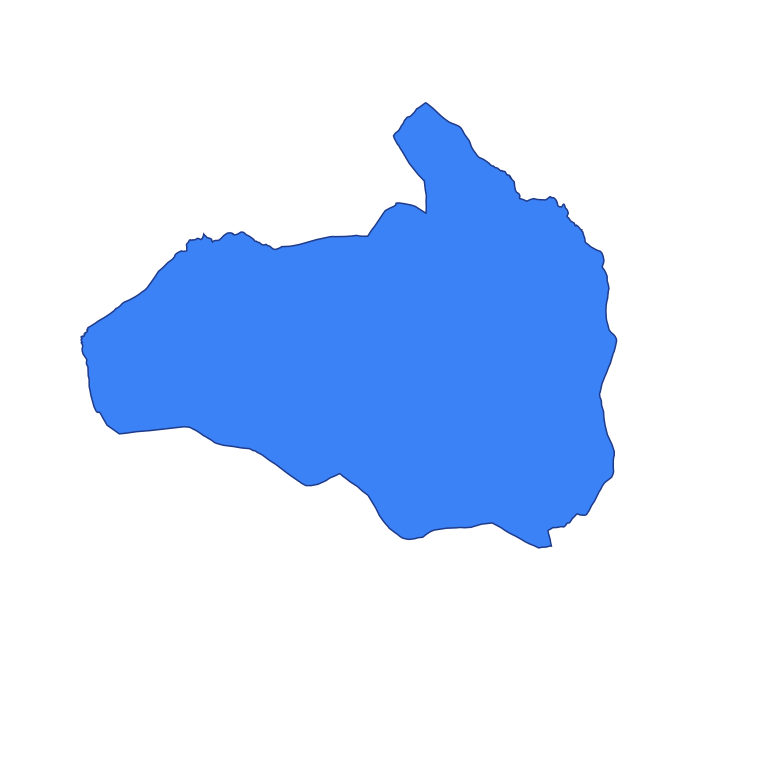 outline of Hanang, Manyara, United Republic of Tanzania, rotated 326°
{"feature_id": "72390352B73734578830609", "entity_name": "Hanang", "entity_type": "district", "adm_level": 2, "iso_a3": "TZA", "parent_name": "United Republic of Tanzania", "parent_adm1": "Manyara", "projection": "robinson", "projection_center": [35.319, -4.56], "detail": "fine", "context": "isolated", "style": "filled", "palette": "blue", "viewbox_px": 768, "rotation_deg": 326, "n_neighbors": 0, "source": "geoboundaries", "source_scale": "gbopen_adm2", "svg_char_len": 6171}
<svg xmlns="http://www.w3.org/2000/svg" viewBox="0 0 768 768"><g transform="rotate(326 384 384)"><path d="M488.6,600.6L492.7,599.0L502.0,593.7L505.2,592.3L507.8,590.7L510.5,589.6L512.6,589.1L520.4,588.6L522.9,587.2L525.2,585.2L527.6,581.1L531.2,575.8L533.3,573.3L534.9,572.0L537.0,568.9L537.0,569.2L539.2,561.4L540.8,551.1L542.2,547.2L544.3,541.6L547.3,535.2L550.6,529.6L552.5,523.3L554.9,519.2L555.8,515.2L557.4,512.4L558.5,511.8L564.7,505.8L570.5,501.8L574.9,499.0L579.1,496.0L583.2,493.4L586.2,491.0L586.8,490.2L587.6,489.8L590.9,487.0L593.2,485.6L597.8,481.4L600.8,478.4L601.6,477.1L602.0,475.8L602.2,473.3L602.0,471.7L601.0,467.8L600.9,464.7L601.9,462.3L604.1,455.8L605.2,453.5L608.9,447.4L612.1,443.1L615.2,439.8L617.1,438.2L621.9,432.4L623.8,430.8L625.3,427.5L626.8,423.1L629.2,419.5L630.0,416.1L630.4,412.4L630.2,409.6L630.6,408.7L633.8,406.3L635.4,404.6L636.9,401.2L637.8,398.0L637.6,395.1L635.3,392.0L632.2,386.0L631.1,382.0L630.3,379.8L630.2,378.8L631.9,375.4L633.0,371.4L633.8,369.2L633.4,367.6L634.2,366.9L633.3,365.7L633.3,364.0L632.9,361.4L632.2,359.8L631.6,360.1L631.1,359.8L631.1,358.9L631.7,357.0L630.0,353.6L629.9,349.5L629.5,348.3L629.5,347.4L630.2,346.8L632.2,345.6L633.0,343.3L633.2,341.7L633.1,340.7L632.8,339.8L633.7,336.5L633.7,335.6L633.3,335.3L632.8,335.4L630.6,336.5L630.1,336.5L628.2,334.7L627.9,333.9L628.0,333.0L629.2,329.9L629.0,329.3L629.4,328.7L629.5,327.5L629.2,325.6L628.8,324.5L626.6,322.7L626.8,321.9L625.8,321.5L623.6,321.8L620.8,321.7L614.4,316.9L611.9,314.1L608.8,313.0L604.5,312.2L602.6,309.0L600.2,306.1L600.4,305.3L601.3,304.8L602.1,303.2L602.2,301.6L601.1,299.1L601.3,297.1L602.7,293.5L605.0,289.2L604.2,284.4L604.3,284.3L604.2,284.1L604.6,284.2L604.5,283.6L604.8,282.4L604.2,282.0L604.6,281.2L603.9,280.6L603.6,279.7L602.9,279.5L602.9,278.0L603.2,276.1L602.9,275.2L602.2,274.9L601.8,274.1L601.1,273.9L601.1,273.1L600.8,272.8L600.1,272.6L599.6,271.6L599.5,270.8L598.7,268.3L597.2,266.8L596.9,266.1L596.5,264.3L595.6,263.8L594.7,261.4L594.6,259.9L592.8,255.1L591.8,252.9L589.4,249.1L589.1,247.1L588.8,239.8L589.1,236.2L590.4,231.5L590.7,229.4L590.4,221.9L590.9,217.7L590.9,214.5L590.2,212.1L587.8,208.3L586.2,206.1L584.4,203.2L582.5,198.1L581.1,193.3L578.8,183.0L576.5,175.6L575.9,174.3L575.1,174.1L568.2,174.4L564.9,174.2L561.2,175.7L556.9,176.6L554.9,176.7L552.5,175.8L548.3,177.0L545.7,178.7L542.7,179.7L540.7,180.8L537.9,182.1L533.6,182.4L530.6,183.6L529.9,186.3L529.3,192.1L529.3,193.7L529.6,194.4L529.2,198.1L529.2,200.8L528.3,215.3L529.4,229.1L530.9,238.1L531.0,238.1L526.7,246.4L524.4,251.6L521.2,255.8L517.8,261.3L514.4,265.8L513.9,265.1L509.3,254.4L507.0,251.3L502.1,246.3L497.6,242.2L495.5,241.0L495.0,240.9L494.1,242.0L492.0,242.3L486.7,241.4L482.1,241.0L479.7,241.8L464.8,247.9L459.5,249.6L453.1,252.4L446.9,248.1L444.4,245.5L439.3,242.9L434.5,240.1L426.3,234.8L423.7,232.9L421.7,231.8L408.8,226.6L392.3,221.2L385.3,218.3L382.6,217.0L376.0,212.9L374.4,213.0L369.8,212.0L368.5,211.1L367.4,209.8L366.4,205.9L364.8,204.1L364.4,202.5L363.6,202.0L362.3,201.7L361.5,201.0L360.7,200.0L360.0,198.0L359.8,196.9L358.9,196.3L358.4,195.5L358.1,194.4L356.9,193.4L356.7,192.6L356.9,191.4L356.6,190.6L355.6,187.7L354.5,185.2L353.4,183.6L352.7,180.8L352.2,179.6L351.2,178.6L350.1,178.0L347.4,178.0L345.2,177.6L343.4,176.7L342.6,175.7L342.4,174.5L342.6,174.5L341.5,173.0L339.2,171.6L337.9,171.3L334.8,171.3L332.9,171.6L331.1,172.1L327.6,172.5L325.6,171.5L324.3,170.6L322.1,170.1L321.2,170.3L321.4,168.7L322.0,167.6L321.1,165.7L320.2,165.2L319.8,164.3L319.2,163.8L318.9,161.5L318.5,160.4L318.4,158.9L317.2,160.1L315.4,161.3L313.8,161.9L312.7,161.7L312.3,160.6L311.3,159.3L310.1,158.8L308.6,158.9L307.0,158.3L305.8,157.4L305.0,157.4L304.4,156.6L303.8,156.0L302.8,156.1L301.3,156.9L300.5,157.3L299.3,157.4L298.2,157.9L297.2,160.0L295.2,163.0L294.6,163.2L293.9,163.0L291.3,161.5L290.4,160.3L286.5,159.8L284.8,159.8L283.6,160.0L282.5,160.5L281.7,161.3L278.3,162.3L272.8,162.5L264.9,164.0L260.1,164.5L253.3,167.4L241.8,171.7L238.5,172.4L235.1,172.4L231.2,172.7L227.0,172.6L220.1,172.0L214.7,170.9L212.0,170.9L210.3,171.4L208.1,171.8L205.4,171.9L204.2,171.5L201.3,172.3L195.8,172.6L188.7,172.5L181.8,172.0L178.3,172.2L170.0,171.8L169.5,172.5L168.6,172.6L168.1,172.9L167.9,173.3L168.3,173.5L168.2,173.8L166.6,174.8L166.2,174.9L165.9,174.6L164.5,174.5L164.0,175.3L163.6,174.9L162.9,175.6L162.5,176.5L161.1,176.2L161.0,175.9L160.6,175.6L160.4,175.6L160.1,176.1L159.5,175.5L159.2,175.8L158.8,176.7L158.9,177.5L157.7,177.9L157.3,178.7L157.1,180.7L156.3,180.4L156.1,180.5L155.9,183.2L154.7,185.0L153.6,185.7L152.2,188.0L151.7,189.9L151.3,190.7L151.3,197.6L149.5,199.5L148.4,201.4L148.2,204.0L147.8,204.8L143.3,212.0L142.3,215.0L138.2,221.2L136.6,225.2L134.5,229.9L132.1,237.2L131.0,240.2L130.2,245.0L130.3,246.3L130.6,247.2L132.3,248.4L132.5,249.5L132.0,254.6L131.4,263.3L136.7,277.3L142.2,280.3L152.3,285.2L164.0,291.8L194.3,307.6L198.3,310.8L199.7,312.8L200.4,314.4L202.0,317.1L203.9,321.4L205.6,326.1L206.3,327.2L209.8,334.7L210.7,337.7L212.7,340.5L216.7,345.1L224.5,351.9L230.1,357.3L236.5,362.5L238.3,366.1L239.6,367.0L240.7,369.7L243.4,374.7L246.4,383.4L249.4,390.3L254.0,404.1L255.7,408.7L260.6,421.1L262.5,424.6L266.8,427.5L273.2,430.2L282.1,431.7L286.3,431.6L291.7,432.7L297.2,433.5L297.9,435.5L298.3,437.4L299.6,440.8L301.3,446.3L304.6,453.9L306.2,460.6L308.5,467.3L307.8,482.3L306.6,490.9L306.8,497.4L307.1,500.7L307.6,504.0L307.7,506.5L309.9,513.1L311.1,516.1L312.0,519.3L313.2,522.0L315.6,524.8L318.0,526.9L322.6,529.3L326.3,530.5L330.4,532.7L334.7,532.3L339.8,532.3L344.0,533.2L355.0,538.4L363.6,543.7L367.2,545.7L370.4,548.2L375.9,551.4L386.7,554.8L396.0,559.7L400.5,568.1L403.0,574.4L405.4,579.2L408.1,583.9L410.6,588.8L412.9,593.8L415.4,598.2L417.8,601.6L420.7,606.5L423.6,607.6L427.1,609.8L431.2,611.2L432.1,612.0L433.6,608.3L434.7,606.1L437.4,598.2L438.2,597.1L442.4,597.5L443.7,597.4L444.5,598.1L448.0,600.1L450.3,600.9L451.8,601.8L453.0,603.0L454.7,603.0L458.0,601.8L458.8,602.0L459.7,602.7L460.4,602.6L461.7,602.3L464.5,601.0L469.2,600.1L470.6,599.6L471.5,599.7L473.5,602.3L475.4,603.9L477.2,605.1L478.3,605.4L480.0,605.1L481.2,604.4L482.8,603.9L488.6,600.6Z" fill="#3b82f6" stroke="#1e3a8a" stroke-width="1.5"/></g></svg>